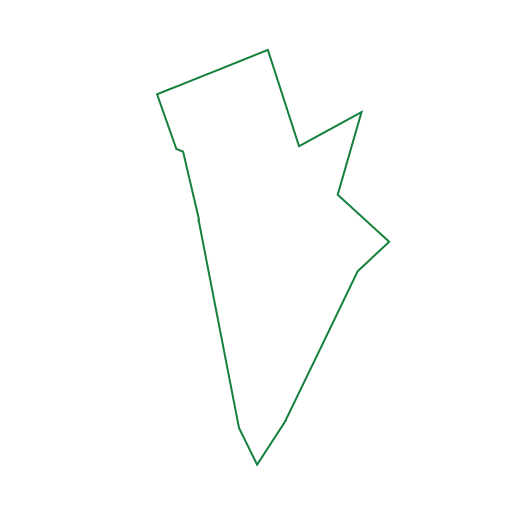 the district of 81, Ar Rayyān, Qatar, rotated 281°
{"feature_id": "91078587B52698515683272", "entity_name": "81", "entity_type": "district", "adm_level": 2, "iso_a3": "QAT", "parent_name": "Qatar", "parent_adm1": "Ar Rayyān", "projection": "natural_earth1", "projection_center": [51.325, 25.138], "detail": "fine", "context": "isolated", "style": "outline", "palette": "green", "viewbox_px": 512, "rotation_deg": 281, "n_neighbors": 0, "source": "geoboundaries", "source_scale": "gbopen_adm2", "svg_char_len": 413}
<svg xmlns="http://www.w3.org/2000/svg" viewBox="0 0 512 512"><g transform="rotate(281 256 256)"><path d="M51.4,296.9L99.9,316.5L99.9,316.3L176.8,336.7L260.4,358.7L295.4,384.0L331.7,324.5L417.4,332.1L372.0,277.3L460.6,228.3L459.6,226.8L421.9,168.4L395.9,128.0L345.9,157.4L344.5,164.5L281.1,193.0L280.1,192.7L280.1,192.9L205.1,223.2L84.0,272.1L51.4,296.9Z" fill="none" stroke="#15803d" stroke-width="2"/></g></svg>